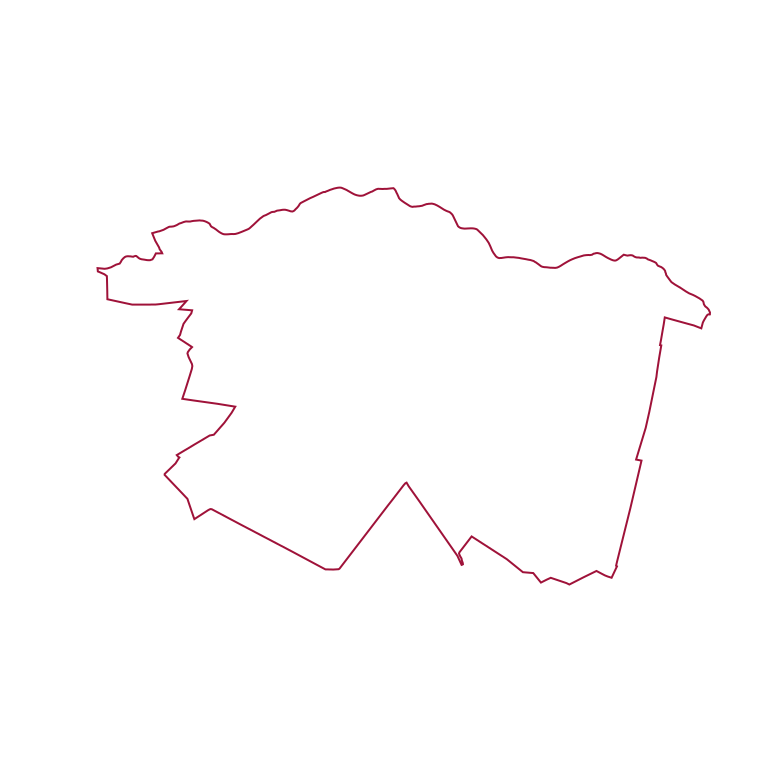 Galanesti, Suceava, Romania, rotated 12°
{"feature_id": "2599482B27745550572599", "entity_name": "Galanesti", "entity_type": "district", "adm_level": 2, "iso_a3": "ROU", "parent_name": "Romania", "parent_adm1": "Suceava", "projection": "robinson", "projection_center": [25.817, 47.903], "detail": "fine", "context": "isolated", "style": "outline", "palette": "rose", "viewbox_px": 768, "rotation_deg": 12, "n_neighbors": 0, "source": "geoboundaries", "source_scale": "gbopen_adm2", "svg_char_len": 5961}
<svg xmlns="http://www.w3.org/2000/svg" viewBox="0 0 768 768"><g transform="rotate(12 384 384)"><path d="M646.9,526.2L649.8,513.9L648.8,513.5L648.9,508.8L650.8,454.1L651.8,405.4L646.3,405.5L648.2,383.1L649.1,372.5L649.3,356.1L649.1,333.8L649.0,320.6L648.5,315.1L647.7,301.1L647.2,288.6L645.9,288.6L645.8,283.4L645.4,273.3L645.2,267.4L644.8,260.5L652.4,261.0L669.2,262.0L674.9,262.3L679.7,263.1L682.8,263.6L683.1,257.6L683.7,255.3L685.2,250.8L686.0,249.1L686.9,248.4L687.5,248.2L688.1,248.3L688.3,248.2L688.0,246.3L687.5,245.6L686.1,243.7L684.2,242.3L682.1,241.3L680.4,239.6L679.3,237.2L678.3,236.2L674.8,234.7L670.0,233.2L667.6,232.6L663.7,231.9L660.1,230.7L654.0,228.3L647.8,226.2L644.0,224.6L642.8,223.6L638.5,219.8L637.3,218.6L636.8,217.3L636.0,216.2L635.5,215.0L634.2,213.7L632.4,212.6L630.6,211.9L629.7,211.8L628.2,211.5L627.5,211.4L626.3,210.5L625.1,209.1L624.1,208.7L622.6,208.3L620.4,207.9L619.1,207.6L617.5,207.4L616.1,207.2L614.9,206.6L613.1,206.3L611.7,206.5L610.0,206.8L608.9,207.2L608.0,207.3L607.0,207.2L606.5,207.4L604.5,207.7L603.0,207.5L601.7,207.1L600.5,206.6L599.5,206.6L598.5,206.7L597.2,207.1L595.4,207.8L593.8,207.8L591.9,207.7L591.6,207.7L588.4,211.6L586.9,213.4L585.5,214.7L584.3,215.3L582.5,215.4L580.4,215.1L576.7,214.2L574.5,213.5L572.6,212.8L570.6,212.1L568.6,211.6L567.1,211.5L565.7,211.5L564.2,211.9L563.1,212.5L561.9,213.0L560.6,214.3L558.6,215.1L557.2,215.3L555.0,215.9L552.7,216.7L550.0,218.2L547.2,219.7L544.6,221.2L542.1,222.9L540.2,224.3L538.2,226.0L535.8,228.2L534.2,229.7L532.2,231.7L530.6,233.1L529.2,234.1L527.5,234.8L525.1,235.2L522.3,235.7L518.9,236.0L516.3,236.4L514.3,236.4L513.0,236.1L510.3,234.8L507.1,233.4L505.9,233.1L504.9,232.6L503.6,232.5L501.5,232.3L499.2,232.4L497.0,232.4L491.8,232.6L489.8,232.6L486.7,232.9L484.4,233.1L481.4,233.7L479.0,234.1L476.7,234.8L472.7,236.3L470.4,236.9L468.7,236.7L467.0,235.9L463.8,233.0L462.0,231.0L459.3,227.1L457.1,224.2L454.1,221.3L449.8,217.8L444.4,214.4L443.1,213.6L442.2,213.3L440.9,213.2L439.6,213.2L437.9,213.4L436.4,213.7L430.4,215.3L427.6,215.5L426.2,215.4L424.7,214.9L423.6,214.3L422.6,213.0L416.6,205.2L415.8,204.3L414.9,203.6L413.9,203.0L412.9,202.4L411.9,202.1L410.2,201.9L408.7,201.6L406.4,201.0L401.6,199.2L398.8,198.3L396.2,197.7L394.5,197.6L393.3,197.6L391.9,198.0L390.1,198.5L389.2,198.9L388.2,199.2L385.6,200.8L384.3,201.7L381.5,202.8L379.8,203.3L378.0,203.9L376.3,204.3L375.1,204.8L373.7,204.8L372.4,204.6L369.5,203.5L366.5,202.4L363.2,201.0L361.8,200.3L360.9,199.7L359.9,198.9L359.3,197.9L358.5,196.9L357.6,195.6L356.4,194.2L355.5,192.9L354.8,192.1L354.2,191.6L353.6,191.1L352.6,190.5L351.5,190.8L349.6,191.4L346.3,192.5L345.5,192.7L343.6,193.1L342.3,193.5L341.0,193.7L339.4,194.0L337.6,194.3L335.9,195.2L334.3,196.5L332.4,198.2L331.3,198.8L325.4,203.3L324.3,204.0L322.9,204.5L321.3,204.9L319.8,205.0L318.3,205.0L317.2,204.9L315.7,204.7L313.5,204.1L311.3,203.4L309.8,202.9L308.2,202.4L307.4,202.1L306.2,201.8L304.2,201.4L302.8,201.1L301.4,200.9L300.3,201.0L299.3,201.2L297.6,201.8L294.5,203.2L292.5,204.4L290.9,205.3L289.1,206.6L287.5,207.6L286.4,208.5L285.2,208.7L284.3,209.2L283.3,209.9L275.6,215.8L273.2,217.5L267.3,222.3L264.8,224.4L264.2,225.4L263.8,226.6L263.3,227.9L262.4,229.6L261.1,231.5L260.3,232.9L259.5,233.7L258.6,234.3L256.8,234.5L255.3,234.3L252.8,234.1L250.9,234.1L248.5,234.7L246.1,235.7L243.3,236.7L241.5,238.0L240.7,238.5L239.9,238.6L238.2,239.3L236.3,240.9L233.4,243.3L231.4,244.6L230.7,245.3L230.1,246.0L228.3,248.0L225.8,251.6L223.2,255.4L221.8,257.3L220.8,258.7L220.1,259.6L219.5,260.3L218.6,261.0L217.6,261.7L213.1,264.8L210.0,266.8L207.5,268.1L205.8,268.6L204.1,268.9L202.2,269.4L200.6,269.9L198.7,270.4L197.1,270.7L195.8,270.8L194.6,270.6L193.4,270.3L192.2,269.9L191.1,269.5L189.6,268.8L187.4,267.7L186.1,267.2L184.9,266.7L183.3,266.3L182.0,265.7L181.2,264.8L180.0,263.4L179.3,263.2L178.0,262.7L176.8,262.4L175.8,262.2L174.5,262.0L172.8,261.9L171.1,262.2L169.7,262.3L167.7,262.9L166.0,263.4L163.9,264.0L161.9,264.8L160.6,265.4L159.3,265.7L158.1,265.9L157.2,266.0L156.2,266.3L154.4,267.2L151.8,268.9L150.6,269.5L149.3,270.7L148.3,271.6L146.9,272.6L145.5,273.5L143.6,274.2L142.8,274.4L141.9,274.6L140.9,275.1L140.4,275.5L138.6,277.0L136.3,279.0L134.2,280.3L132.4,281.4L131.1,281.9L130.2,282.4L128.3,283.4L125.9,284.7L130.5,291.5L135.6,297.2L136.6,298.9L139.0,301.0L139.9,302.3L133.7,303.7L132.7,307.4L131.6,310.2L129.5,311.5L127.8,311.9L126.4,312.1L123.7,312.2L120.8,312.4L119.1,312.2L117.9,311.8L116.3,310.9L115.0,310.3L114.3,310.4L113.1,311.0L112.2,311.7L109.2,311.9L106.4,312.4L105.0,313.0L104.0,313.8L102.8,315.4L101.6,317.6L101.3,319.0L100.4,321.2L97.2,322.9L92.7,326.6L89.3,328.5L86.8,329.4L79.7,330.2L80.7,333.4L82.5,333.7L87.7,334.8L90.5,336.1L91.3,339.3L94.0,350.7L95.8,358.6L114.4,358.7L121.0,358.7L132.0,356.4L143.9,353.8L147.1,352.8L173.5,343.9L173.2,344.4L173.0,344.9L168.0,353.5L181.0,351.8L180.8,355.0L179.9,356.9L179.0,358.8L176.8,363.6L175.4,366.8L174.5,374.9L174.3,378.4L172.9,381.7L188.2,387.6L188.6,387.8L186.8,390.6L185.5,393.6L185.4,395.0L187.3,398.3L192.0,404.4L192.8,406.3L192.9,409.2L192.3,416.1L190.8,431.6L189.8,440.4L191.7,440.3L201.2,439.7L225.1,438.0L243.2,437.1L240.9,443.9L235.9,455.1L228.1,469.0L224.2,470.6L211.6,482.2L196.1,496.6L197.9,498.0L199.1,498.4L198.9,498.8L196.6,505.0L188.2,517.5L188.3,518.5L201.9,527.8L215.6,537.2L218.5,542.1L225.3,553.5L226.6,555.6L235.3,546.9L238.1,544.1L239.5,542.9L240.3,542.4L241.6,542.3L272.0,551.0L328.9,567.0L355.8,574.8L365.2,577.5L373.1,576.0L378.1,574.6L378.9,573.8L386.1,558.7L402.2,524.9L413.3,501.6L416.2,495.7L424.2,479.0L425.5,476.7L426.6,475.8L429.4,478.9L443.1,491.5L491.5,536.8L497.5,544.8L498.2,544.4L498.7,543.9L498.2,542.6L496.8,540.3L496.1,538.6L494.2,536.5L493.1,535.0L492.6,534.1L492.8,532.9L497.1,523.9L501.4,514.9L540.5,529.8L559.0,539.2L569.3,537.9L578.8,545.6L583.9,541.5L587.4,538.9L603.8,540.8L607.0,541.6L619.6,531.4L630.7,522.7L636.3,524.3L639.9,525.3L642.8,525.8L646.9,526.2Z" fill="none" stroke="#9f1239" stroke-width="2"/></g></svg>